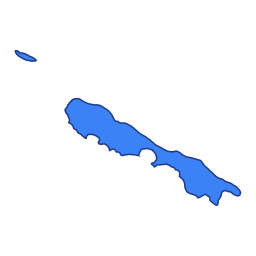 outline of Rennell-Bellona, Rennell and Bellona, Solomon Islands
{"feature_id": "97153195B87172178268345", "entity_name": "Rennell-Bellona", "entity_type": "district", "adm_level": 2, "iso_a3": "SLB", "parent_name": "Solomon Islands", "parent_adm1": "Rennell and Bellona", "projection": "mercator", "projection_center": [160.218, -11.577], "detail": "fine", "context": "isolated", "style": "filled", "palette": "blue", "viewbox_px": 256, "rotation_deg": 0, "n_neighbors": 0, "source": "geoboundaries", "source_scale": "gbopen_adm2", "svg_char_len": 5649}
<svg xmlns="http://www.w3.org/2000/svg" viewBox="0 0 256 256"><path d="M240.6,192.8L240.6,192.3L240.1,191.3L239.0,189.7L237.2,187.7L235.4,186.1L233.3,185.1L231.3,183.5L230.8,183.2L229.8,183.0L227.8,182.2L226.0,181.7L225.0,181.2L223.7,180.1L222.3,179.2L221.0,178.8L220.0,178.7L219.4,178.3L218.4,177.9L218.2,177.9L217.1,177.3L216.8,176.9L216.3,176.6L214.8,175.4L213.9,174.4L213.1,173.8L212.9,173.4L211.8,172.3L210.3,171.2L208.2,169.0L204.3,165.5L201.5,161.5L200.7,160.7L200.0,160.3L198.8,159.9L197.2,159.6L196.0,159.0L194.6,158.8L191.4,157.8L186.4,156.9L184.4,155.9L182.7,154.9L179.8,152.7L178.8,152.1L176.7,151.2L175.7,151.0L175.1,151.3L174.1,151.5L173.6,151.7L171.3,151.8L168.4,151.4L167.3,151.0L166.3,150.7L165.5,150.1L164.5,149.8L161.3,147.8L156.8,145.6L154.6,144.1L153.3,142.8L152.5,142.4L151.9,141.7L151.1,141.2L150.8,140.7L149.8,139.7L148.3,138.9L146.5,137.4L144.6,136.2L140.3,133.9L133.4,127.9L130.2,125.5L128.1,124.6L126.4,123.5L125.5,123.2L123.2,123.0L122.1,123.0L121.4,123.1L120.6,123.0L119.8,122.8L119.1,122.4L118.2,121.6L117.0,121.3L115.9,121.2L115.3,121.0L114.5,120.2L111.8,114.8L109.3,111.6L106.7,109.4L100.1,105.4L97.3,104.9L94.2,104.9L93.4,104.6L91.7,104.4L88.6,103.8L86.8,103.1L83.3,101.4L82.2,100.8L79.8,99.1L79.0,98.8L78.4,98.9L76.9,98.6L76.4,98.6L76.1,98.7L75.5,98.7L74.9,98.9L74.3,98.9L73.6,99.2L73.4,99.2L73.3,99.4L73.1,99.4L72.7,99.6L72.5,99.8L72.0,100.2L72.1,100.5L71.6,100.6L71.6,101.0L70.9,101.3L71.0,101.6L70.7,101.7L70.2,102.1L70.1,102.4L69.4,102.8L69.0,103.1L69.0,103.4L68.6,104.4L68.3,104.7L68.1,104.8L68.0,105.1L67.8,105.1L67.8,105.4L67.7,105.8L67.6,106.1L67.4,106.7L67.0,106.9L67.0,107.2L66.6,107.6L66.3,108.2L65.7,108.7L65.2,109.4L65.0,110.0L65.2,110.7L65.4,111.1L65.7,111.4L65.6,111.5L66.0,113.0L66.7,113.9L67.7,114.7L67.9,115.0L68.0,116.4L68.7,117.2L69.1,118.2L69.1,118.7L69.5,119.7L69.5,120.7L69.1,122.0L68.7,122.3L68.8,122.7L69.5,123.1L70.2,123.4L71.5,124.2L72.3,125.2L73.0,126.3L73.8,128.5L74.5,129.1L75.2,129.3L76.1,129.9L76.5,130.5L77.2,131.1L77.6,132.1L77.9,132.3L78.0,132.7L78.3,133.1L79.6,133.6L81.0,134.4L82.0,135.4L83.6,136.8L83.7,137.0L84.4,137.3L85.1,138.1L85.6,138.4L86.0,138.3L86.3,138.0L86.3,137.0L86.6,136.2L88.1,134.7L88.6,134.4L90.0,134.4L90.8,134.4L91.0,134.3L91.3,134.3L91.7,134.5L91.9,134.4L92.1,134.5L92.3,134.4L92.7,134.4L93.5,134.7L93.5,134.8L93.8,134.8L93.9,134.7L94.3,134.8L94.4,135.0L94.7,135.1L94.8,135.2L96.0,135.8L96.2,136.0L96.8,136.1L97.1,136.4L97.0,136.5L97.3,136.8L97.8,136.8L98.3,137.1L99.7,139.2L99.7,139.8L99.5,140.4L99.3,140.8L98.9,140.9L98.7,141.3L98.6,142.3L98.4,142.5L98.5,142.8L98.5,143.2L98.6,143.3L98.6,143.5L99.3,143.9L101.1,144.4L101.5,144.4L102.4,144.0L104.4,143.9L105.1,144.1L105.8,144.7L106.1,144.7L106.6,144.9L107.2,145.7L107.4,145.8L107.5,146.1L108.0,146.4L108.0,146.7L108.3,147.1L108.6,147.3L109.1,148.4L109.2,148.5L109.3,149.2L109.5,149.4L109.5,150.1L109.6,150.5L110.1,150.5L111.1,149.8L111.5,149.4L112.0,149.1L113.3,149.1L114.5,149.4L115.3,150.2L115.6,150.6L115.6,150.8L116.2,151.4L116.1,151.7L116.3,152.0L116.8,152.1L117.1,151.8L117.8,151.9L119.3,152.6L120.4,153.5L120.4,154.1L121.0,155.1L121.9,155.4L122.0,155.5L122.3,155.5L123.8,155.3L123.9,155.2L124.1,155.2L124.4,155.2L124.5,155.0L124.7,154.9L124.9,154.9L125.5,154.6L126.1,154.7L126.4,154.6L127.0,154.8L127.4,154.7L128.0,154.4L129.4,154.3L129.9,154.5L131.0,154.5L131.6,154.7L132.9,154.6L134.1,154.8L135.4,154.8L138.1,155.6L138.6,155.3L138.8,155.4L138.6,155.0L138.8,154.8L138.8,154.6L139.4,153.2L139.5,152.7L139.9,152.2L140.1,151.5L140.8,150.2L141.3,149.7L142.4,149.1L142.8,149.1L142.9,148.9L143.6,148.8L144.8,148.8L145.3,148.9L145.9,148.6L147.2,148.4L148.0,148.7L148.9,148.8L149.8,149.1L150.2,149.3L151.7,149.8L152.4,150.1L152.7,150.4L152.7,150.7L153.6,151.4L154.5,152.4L154.5,152.6L154.8,152.7L155.6,154.0L156.0,154.9L156.0,155.2L156.5,156.3L156.3,156.8L156.6,157.1L156.5,157.4L156.7,158.6L156.6,158.8L156.5,159.6L156.3,159.9L155.7,160.6L154.4,162.3L153.7,162.7L153.0,162.9L152.6,162.9L151.7,163.4L151.4,163.9L151.8,164.3L152.3,164.7L152.5,165.0L153.6,165.7L154.3,166.5L154.2,166.7L154.7,166.9L155.0,166.5L155.6,166.2L156.7,165.1L157.5,164.8L158.6,164.8L159.9,165.0L160.8,164.7L163.3,164.5L163.8,164.5L164.9,164.1L166.9,164.2L167.5,164.4L167.9,164.8L168.4,165.0L169.0,165.0L169.6,165.3L170.1,165.6L170.6,166.4L171.4,166.8L172.7,167.1L173.6,167.5L174.8,168.4L175.7,169.9L176.1,170.0L176.7,169.8L177.2,169.8L178.1,170.8L179.0,171.3L179.4,171.8L179.7,173.1L179.7,174.6L179.4,176.0L179.5,176.6L180.6,177.3L181.1,177.9L181.8,178.3L182.1,178.6L182.4,179.1L183.1,179.8L183.4,180.2L183.8,181.4L184.4,182.4L184.7,184.4L185.0,187.7L186.4,190.9L186.8,191.7L187.1,191.9L189.7,193.5L193.4,194.5L195.7,195.5L196.8,196.3L197.8,197.7L198.7,197.7L199.7,197.3L200.7,196.8L201.9,195.9L203.3,195.4L204.2,194.7L204.8,194.5L205.6,194.4L206.2,194.7L207.1,195.6L208.4,196.2L209.2,196.8L209.8,197.9L210.0,199.2L210.0,199.7L210.0,200.2L210.5,201.0L214.8,204.4L215.8,205.0L216.8,205.2L217.4,204.9L217.8,204.5L218.0,203.3L218.0,202.2L218.3,200.4L218.9,199.3L220.8,196.6L221.1,195.6L221.2,194.2L221.6,193.0L222.4,191.7L223.2,191.1L224.2,190.8L225.9,190.8L226.7,190.9L227.9,191.6L230.5,191.9L231.6,192.6L232.1,193.2L233.4,194.1L236.1,195.5L237.6,195.8L238.7,195.7L239.4,195.4L239.8,195.0L240.1,194.2L240.3,193.3L240.6,192.8ZM36.1,60.3L35.8,59.8L34.7,58.9L32.9,57.6L29.5,56.2L27.1,54.8L25.9,54.3L25.1,53.7L23.5,53.4L22.8,53.1L21.5,53.1L20.4,52.9L19.3,52.3L17.7,50.9L17.1,50.8L15.4,50.8L15.4,51.5L15.7,52.1L15.8,52.8L16.7,54.3L16.9,54.3L18.8,56.2L19.2,56.3L21.1,57.6L21.9,57.9L22.7,58.5L24.1,59.2L26.8,60.2L29.4,60.6L31.4,61.2L33.4,61.0L35.0,61.0L35.8,60.8L36.1,60.6L36.1,60.3Z" fill="#3b82f6" stroke="#1e3a8a" stroke-width="1.5"/></svg>